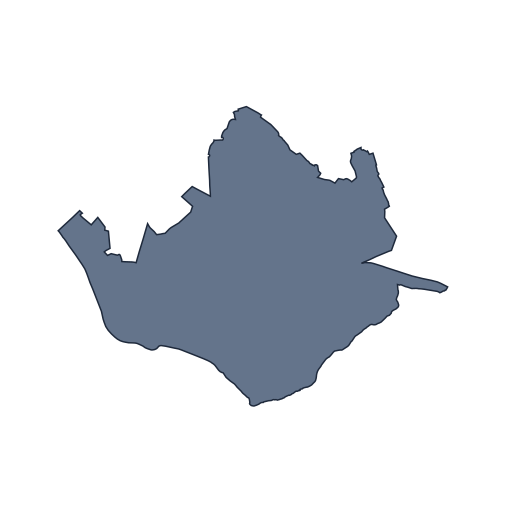 outline of 4e Arrondissement, Analamanga, Madagascar, rotated 312°
{"feature_id": "10022922B42847936410668", "entity_name": "4e Arrondissement", "entity_type": "district", "adm_level": 2, "iso_a3": "MDG", "parent_name": "Madagascar", "parent_adm1": "Analamanga", "projection": "orthographic", "projection_center": [47.516, -18.933], "detail": "fine", "context": "isolated", "style": "filled", "palette": "slate", "viewbox_px": 512, "rotation_deg": 312, "n_neighbors": 0, "source": "geoboundaries", "source_scale": "gbopen_adm2", "svg_char_len": 6161}
<svg xmlns="http://www.w3.org/2000/svg" viewBox="0 0 512 512"><g transform="rotate(312 256 256)"><path d="M142.4,92.1L142.2,93.9L141.3,97.9L140.7,100.0L140.5,101.9L140.0,104.4L138.4,110.5L136.1,121.3L134.0,129.7L133.4,132.2L132.0,137.1L131.6,138.1L129.9,141.7L128.1,145.1L125.2,150.4L122.4,156.4L111.5,178.1L106.9,184.5L105.1,187.6L103.1,191.5L101.9,195.9L101.4,200.7L101.3,205.3L101.5,208.5L102.2,211.8L103.3,214.4L104.8,217.0L106.3,219.4L109.0,222.6L110.6,224.6L111.5,226.2L112.4,228.8L113.4,232.2L113.7,235.0L114.4,237.1L115.3,239.2L116.1,241.0L117.0,242.0L118.7,243.3L120.6,244.1L122.1,244.2L123.5,244.1L124.4,244.3L125.5,245.0L126.1,245.6L128.5,249.2L132.9,256.9L135.1,260.6L136.2,263.2L137.6,267.0L141.1,276.3L144.6,285.8L146.1,290.3L146.9,293.3L147.0,294.8L147.3,296.6L147.3,298.5L147.0,300.1L146.1,304.7L146.1,306.8L146.5,308.3L147.2,309.8L145.8,315.0L145.9,320.5L146.3,324.0L146.5,325.5L146.3,327.5L145.9,329.6L145.6,335.7L145.3,337.0L145.2,338.3L145.3,341.0L145.2,343.8L145.2,344.2L145.4,344.8L145.7,345.4L145.3,346.5L144.7,347.4L143.4,349.0L142.6,349.7L142.0,350.0L141.7,350.7L141.7,352.5L142.6,354.1L143.2,354.9L145.5,356.2L148.0,357.3L149.2,357.5L150.4,357.9L151.5,358.8L152.0,359.4L152.8,359.4L156.9,362.2L157.7,363.0L159.2,364.3L160.3,364.6L161.3,365.4L161.7,366.3L162.1,366.5L162.7,367.0L163.2,368.3L164.0,368.8L164.7,369.3L165.9,369.9L167.2,370.8L168.5,371.2L169.0,371.6L170.0,371.9L170.8,371.9L174.3,373.4L175.0,374.2L176.7,374.9L177.6,374.9L178.7,375.5L182.0,376.1L182.6,376.5L183.0,377.1L183.9,377.6L185.0,377.9L185.2,378.5L185.6,378.6L185.8,378.1L186.2,378.3L186.6,378.1L188.5,379.4L188.8,379.4L189.1,379.3L190.0,379.7L192.2,381.2L193.1,382.0L194.2,382.5L195.7,383.1L197.4,383.6L200.6,383.7L201.9,383.8L203.2,383.6L205.2,382.6L206.6,381.7L208.2,380.5L209.8,379.6L211.4,378.9L212.9,378.5L214.1,378.3L217.5,378.0L218.8,377.6L225.8,377.0L227.1,377.1L228.5,377.4L230.2,378.0L233.1,378.0L236.0,377.8L237.3,377.9L237.9,378.0L240.9,380.2L242.5,381.5L243.1,382.3L243.9,382.9L250.2,384.6L251.8,384.7L255.9,384.0L257.0,384.2L261.6,383.5L262.4,383.4L263.4,383.5L265.0,384.0L270.4,385.2L272.3,385.1L274.5,385.4L275.7,385.9L277.7,386.1L279.2,386.5L280.2,386.6L281.3,386.9L282.1,387.3L282.8,388.0L283.2,388.8L283.7,389.6L284.5,390.4L285.3,391.0L287.4,391.7L288.6,392.4L290.7,393.2L296.3,393.6L298.6,393.6L299.3,393.7L299.6,393.9L301.3,394.8L303.9,394.8L305.2,394.1L305.7,394.0L307.4,394.3L310.5,395.5L312.5,395.7L313.5,395.7L314.0,395.5L315.0,394.9L316.6,392.2L316.9,390.9L317.5,389.4L319.1,388.5L321.3,387.8L322.3,387.3L323.7,386.6L325.2,385.2L325.4,384.9L325.8,384.1L329.5,380.2L330.5,382.2L331.6,382.8L333.2,387.4L334.4,389.7L336.1,393.6L337.5,395.0L339.1,396.7L339.8,397.6L340.4,398.6L342.0,400.6L343.9,403.3L351.0,414.4L351.5,415.7L351.7,417.2L352.9,417.8L355.3,418.6L356.2,419.4L356.9,419.5L357.2,419.4L357.7,419.9L359.9,419.5L361.3,419.1L359.3,411.6L358.1,408.1L355.0,402.2L350.7,394.9L345.5,385.2L334.5,360.5L333.1,357.1L329.1,348.4L327.8,346.0L326.2,344.0L323.9,341.2L322.3,340.2L321.1,339.2L323.3,340.1L329.3,342.9L335.9,345.6L348.3,351.5L350.8,352.9L364.8,347.2L370.4,326.0L375.2,322.0L376.8,320.2L380.5,321.4L382.2,321.8L382.6,321.1L382.6,320.4L383.4,319.8L384.9,317.6L385.0,316.8L385.9,314.9L387.5,310.6L388.7,308.3L390.1,306.3L390.3,305.2L390.9,304.2L392.8,304.9L394.8,300.0L395.5,297.9L396.0,297.0L396.2,296.4L396.4,295.6L396.4,294.7L396.9,293.7L397.1,292.9L397.6,292.6L398.7,292.5L399.0,292.5L399.4,292.0L399.7,290.6L399.8,290.0L400.0,289.5L400.7,288.5L402.0,286.9L402.8,285.5L403.7,284.3L404.1,284.5L404.3,284.6L404.8,283.8L410.7,274.1L407.3,272.2L408.3,269.8L408.6,268.6L407.7,268.6L407.4,267.2L407.1,266.0L406.9,265.5L406.8,264.8L406.2,264.7L405.7,263.7L405.6,263.0L405.8,262.2L406.4,261.9L406.9,261.4L403.4,259.8L402.5,259.5L401.5,259.4L400.7,259.1L400.1,259.1L399.8,258.9L399.4,258.8L399.1,258.9L399.0,259.2L398.8,259.4L396.2,258.0L395.8,257.8L395.4,258.5L394.6,259.7L394.0,260.4L393.3,260.9L392.6,261.3L392.1,261.7L390.7,262.2L389.9,262.6L389.2,263.2L388.5,264.4L387.3,267.4L385.5,272.7L382.1,277.7L381.9,277.8L381.4,278.2L380.8,278.3L375.2,277.5L375.1,275.4L374.7,273.2L374.2,271.7L373.3,270.9L371.4,270.1L368.7,265.5L363.0,265.9L361.7,260.4L361.1,259.3L358.7,255.8L355.6,249.2L359.2,249.2L360.8,248.7L360.9,245.7L364.4,241.3L364.3,240.6L364.3,240.1L363.9,239.5L363.1,238.8L362.0,239.0L362.0,238.4L361.9,238.0L361.4,237.5L361.3,237.3L361.2,236.5L361.4,236.4L361.2,235.8L361.2,235.5L361.1,235.3L361.0,234.7L360.8,234.4L360.8,234.0L361.0,233.2L361.2,232.8L361.2,232.2L361.3,231.6L361.3,231.3L361.1,230.8L361.0,229.9L361.7,223.0L361.8,219.8L358.5,217.9L357.6,210.2L359.7,205.4L360.4,200.0L360.6,199.6L360.4,198.5L360.8,197.3L361.1,195.7L360.8,194.5L360.6,192.2L361.1,191.9L361.9,191.2L362.7,189.7L362.9,188.2L363.1,185.7L363.6,179.2L362.2,166.5L363.6,165.8L364.4,165.7L364.2,165.0L363.7,161.8L360.6,148.9L353.2,144.5L352.5,145.4L352.0,145.7L350.5,144.5L349.3,143.6L347.6,143.1L347.0,144.7L346.6,145.5L345.3,146.8L344.2,148.7L343.7,149.4L343.0,148.3L342.4,147.6L341.5,146.9L340.3,146.4L338.7,146.3L337.8,146.4L331.3,149.2L328.9,148.5L327.1,148.5L325.5,148.8L322.1,150.2L321.1,151.1L321.7,151.4L321.9,152.0L321.7,152.6L321.4,153.1L320.9,153.4L319.8,153.6L318.5,152.1L315.0,148.6L314.0,147.2L313.4,147.8L312.4,148.1L311.1,148.3L309.9,148.2L308.7,148.3L307.4,148.5L306.5,148.8L303.6,150.3L299.8,152.6L300.1,153.0L300.1,153.4L300.0,153.9L299.8,154.2L299.6,154.4L298.9,154.7L298.5,154.8L298.2,154.7L297.7,154.4L289.0,163.0L281.1,171.0L277.5,174.4L275.1,176.9L271.6,180.5L269.9,182.1L266.1,167.1L264.9,162.1L254.8,161.3L250.4,161.1L250.5,175.6L244.9,178.1L229.9,176.6L229.1,176.6L220.4,173.9L218.1,173.5L212.1,173.3L210.2,171.7L208.6,170.6L205.4,167.9L205.4,167.6L206.0,164.0L206.1,158.6L206.4,157.1L207.3,154.4L207.5,153.8L192.6,161.0L180.8,166.5L170.8,171.4L170.0,169.9L168.7,168.0L164.4,162.9L162.1,160.0L163.4,158.7L165.4,155.1L165.8,154.0L165.6,153.2L163.9,152.5L160.8,146.8L157.1,145.3L157.5,140.5L159.5,140.8L164.0,142.4L175.7,129.7L174.0,126.3L176.5,124.4L178.8,112.6L168.9,112.7L168.5,101.9L168.6,98.5L169.2,97.7L171.6,98.3L171.7,94.6L167.7,94.3L162.0,93.9L142.4,92.1Z" fill="#64748b" stroke="#1e293b" stroke-width="1.5"/></g></svg>